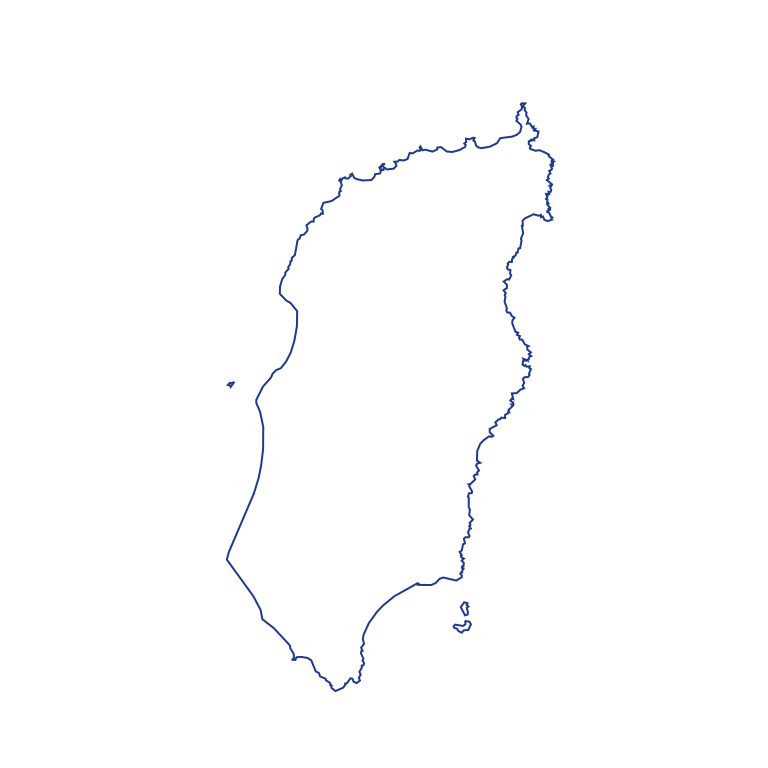 the district of King Island, Tasmania, Australia, rotated 196°
{"feature_id": "25037944B96070195853153", "entity_name": "King Island", "entity_type": "district", "adm_level": 2, "iso_a3": "AUS", "parent_name": "Australia", "parent_adm1": "Tasmania", "projection": "robinson", "projection_center": [143.932, -39.872], "detail": "fine", "context": "isolated", "style": "outline", "palette": "blue", "viewbox_px": 768, "rotation_deg": 196, "n_neighbors": 0, "source": "geoboundaries", "source_scale": "gbopen_adm2", "svg_char_len": 6128}
<svg xmlns="http://www.w3.org/2000/svg" viewBox="0 0 768 768"><g transform="rotate(196 384 384)"><path d="M263.4,259.2L260.5,259.9L259.8,261.3L262.3,264.5L262.0,268.0L260.7,269.0L262.9,270.8L262.0,272.3L263.4,273.9L261.1,278.2L266.0,281.4L266.7,286.8L268.7,289.2L271.2,298.2L272.3,298.8L272.2,302.3L269.6,303.3L269.7,305.0L273.9,309.2L274.0,311.0L274.5,310.7L274.9,310.9L273.4,311.6L270.0,317.4L272.4,320.3L271.7,321.9L269.2,322.8L270.2,324.7L268.8,327.0L273.0,330.9L272.7,333.0L269.8,334.8L273.6,336.0L275.9,345.4L275.0,353.1L273.0,357.0L268.6,362.7L266.1,362.8L264.6,364.3L269.0,366.7L270.0,370.0L264.3,375.4L266.4,377.9L264.0,381.6L262.5,382.2L262.0,384.0L258.2,384.7L259.1,387.8L256.8,389.9L256.9,391.6L255.9,391.5L257.1,393.5L254.1,398.6L255.8,399.5L254.0,400.2L254.7,401.7L258.0,402.9L257.1,405.2L255.6,405.1L258.5,410.2L253.9,411.8L251.4,416.1L248.2,418.5L250.3,420.7L249.5,423.7L251.9,427.3L250.8,429.2L247.5,430.4L246.5,432.6L247.4,433.6L246.9,438.8L248.8,439.5L248.7,441.1L252.0,439.9L253.3,441.2L254.2,440.1L256.2,440.8L256.7,445.3L255.1,445.4L256.5,446.6L252.6,446.2L253.2,446.7L251.7,447.8L251.7,450.6L250.3,451.5L253.0,452.6L251.5,454.9L255.6,456.5L256.7,459.4L255.6,460.3L259.6,460.9L263.3,464.7L265.8,464.2L266.9,465.7L266.5,467.5L269.8,467.9L269.2,470.3L271.9,470.3L277.5,477.7L278.1,480.8L276.8,483.6L280.0,484.7L282.5,487.3L285.2,486.7L286.7,488.3L286.7,490.6L290.8,496.4L291.3,501.3L292.5,502.7L292.0,504.9L294.9,507.1L292.3,510.1L293.2,513.3L297.2,515.5L294.3,518.8L292.5,518.9L291.6,523.6L293.2,524.7L293.9,528.4L296.6,528.3L297.9,529.6L297.6,533.3L298.3,533.9L297.2,536.1L294.8,536.4L295.3,539.8L294.2,541.2L295.0,541.8L293.0,543.7L293.0,546.7L291.8,547.1L292.1,551.4L290.6,552.1L291.3,559.8L292.4,561.3L291.8,567.3L295.1,574.1L294.2,574.4L295.8,579.2L294.3,582.0L287.0,588.4L281.6,588.4L279.8,589.8L279.0,587.6L277.4,588.9L275.1,586.1L271.6,585.7L268.1,588.1L268.8,588.3L268.0,590.5L269.6,590.8L272.4,594.1L274.5,594.4L274.7,595.6L272.8,596.8L273.7,597.6L272.5,597.9L272.7,598.9L273.5,598.3L273.5,599.4L276.7,601.7L276.0,602.7L277.4,602.6L276.5,602.9L275.9,604.0L277.1,603.1L277.8,606.5L279.2,606.6L278.5,608.7L280.1,610.8L278.7,610.6L278.0,611.5L278.8,611.9L277.5,612.2L278.8,614.2L276.9,614.5L276.7,616.7L278.4,618.6L277.7,621.0L279.2,620.6L277.9,622.4L283.7,624.9L282.2,626.9L283.5,627.8L283.2,630.9L282.0,632.2L283.9,634.5L281.4,636.7L282.3,636.3L281.8,637.4L284.0,639.9L281.7,640.3L282.3,642.0L283.5,642.0L282.6,643.0L283.7,644.0L283.3,643.8L282.8,644.2L283.5,644.1L283.0,645.4L284.2,645.0L283.8,646.4L288.5,648.5L288.6,649.9L293.7,651.0L299.0,651.6L302.6,650.0L308.3,650.3L309.0,651.4L308.3,653.3L311.0,654.5L311.7,657.3L308.5,658.9L310.1,658.9L309.6,659.7L306.7,659.7L307.4,661.5L304.7,663.6L305.1,669.3L309.2,669.1L308.9,670.5L310.1,669.7L310.3,671.2L311.8,671.3L311.3,672.7L312.9,672.2L315.6,674.7L318.3,673.6L318.0,678.5L321.4,681.4L321.8,684.1L324.2,686.0L324.6,688.1L326.7,688.9L327.8,688.3L327.4,685.9L330.4,682.1L328.8,679.8L330.3,678.2L330.2,676.4L328.8,675.8L329.3,673.5L324.1,671.0L322.7,669.1L322.7,663.7L325.2,659.9L329.2,657.0L340.0,652.4L341.8,646.6L347.5,641.4L354.9,637.7L358.8,637.4L361.1,638.5L363.5,642.2L364.4,641.7L364.0,642.3L365.3,642.8L364.7,645.4L366.1,645.4L369.5,642.7L372.7,642.5L371.8,639.1L373.1,637.3L371.3,636.3L371.5,634.1L375.9,629.7L382.2,625.9L387.7,624.8L394.4,627.4L398.0,626.0L397.5,624.1L401.4,620.8L408.9,620.6L411.4,619.3L414.5,622.4L415.0,621.3L413.2,619.3L413.8,618.0L416.2,617.7L420.1,613.5L423.0,613.2L423.4,606.7L426.7,604.3L431.1,603.6L432.0,601.7L435.3,600.5L432.9,598.7L432.3,597.0L434.0,593.7L440.4,591.0L443.9,592.4L443.5,589.6L445.8,588.8L446.9,591.2L444.9,595.1L443.5,595.7L445.6,595.3L448.1,590.8L445.7,587.9L445.8,585.3L450.3,583.3L450.4,580.4L452.3,576.6L460.6,573.8L467.0,573.4L469.6,574.1L472.6,577.4L474.1,575.7L473.2,574.8L475.0,571.7L477.7,571.0L478.5,571.9L480.6,570.2L481.0,568.1L482.7,569.1L483.1,567.2L481.5,566.7L479.3,563.4L480.0,558.8L478.7,557.6L480.0,556.0L478.7,552.7L485.0,545.3L492.1,541.5L492.7,535.0L491.0,534.2L489.7,530.8L491.6,530.6L492.1,528.5L496.2,525.1L497.0,523.8L496.5,520.7L498.9,520.0L502.3,515.2L500.2,512.1L500.1,509.7L502.1,505.6L505.0,504.1L505.3,500.4L506.2,499.5L506.7,498.3L505.2,483.4L507.3,479.9L506.7,477.1L507.8,476.1L507.2,473.3L508.3,469.9L507.4,468.4L509.6,464.0L509.0,461.5L510.8,456.8L510.8,449.0L509.0,442.0L500.9,437.3L496.2,436.1L487.6,430.2L483.6,415.5L482.1,400.8L482.3,388.5L484.3,378.6L487.5,370.8L491.3,367.8L493.9,363.3L494.4,359.1L499.6,348.3L502.4,333.4L501.4,330.4L495.4,323.0L488.2,309.4L482.2,287.8L479.7,272.1L478.6,259.3L478.9,243.0L486.8,179.9L486.7,171.9L451.2,144.1L440.3,132.8L436.1,124.4L422.5,118.9L402.3,106.7L401.3,104.1L396.4,99.7L395.0,95.4L396.0,94.2L396.0,93.7L393.1,94.3L392.8,97.2L388.2,98.9L381.8,99.6L377.7,98.3L370.4,88.9L367.0,88.3L364.8,85.3L358.9,84.6L358.0,83.1L353.4,81.8L352.6,79.6L351.3,79.8L350.8,77.5L346.1,75.4L339.6,80.8L338.2,84.2L338.8,85.3L337.1,86.2L335.2,91.8L333.1,92.0L331.1,89.4L327.8,89.0L325.4,92.3L327.2,94.7L326.3,98.1L328.3,100.6L327.2,104.9L327.8,107.2L326.4,107.7L326.1,110.2L328.4,112.2L328.0,114.1L332.0,119.0L332.1,121.1L331.1,121.6L333.3,124.3L331.6,128.7L334.1,133.2L334.5,137.9L332.6,150.1L327.9,163.2L323.7,171.1L315.6,182.8L296.8,201.8L295.9,201.5L296.6,200.4L295.5,200.4L283.2,203.8L279.5,206.9L276.9,212.0L273.8,214.3L260.3,215.0L256.0,219.6L256.4,221.4L258.4,222.6L258.1,224.1L256.9,224.4L257.4,226.4L256.6,228.1L258.5,228.7L258.6,230.2L257.3,230.4L257.9,233.9L260.6,235.6L259.1,238.2L261.8,238.6L262.9,240.4L262.1,241.1L265.0,243.4L263.3,245.6L263.9,251.7L262.2,253.1L264.6,257.4L263.4,259.2ZM234.2,177.0L236.4,179.1L239.9,178.6L239.9,179.5L240.4,178.2L239.5,175.4L241.4,173.2L249.3,172.3L250.3,170.3L249.1,168.8L246.4,169.0L244.3,167.0L240.7,166.4L239.4,169.2L235.2,170.8L234.2,177.0ZM248.7,190.7L242.4,184.0L240.1,185.4L240.5,188.1L242.8,191.6L241.5,193.4L243.7,194.4L243.4,196.3L246.7,196.3L248.7,190.7ZM530.6,338.9L529.7,341.4L528.5,344.8L530.6,342.6L532.4,342.8L533.8,340.0L531.6,340.2L530.6,338.9ZM328.8,691.9L329.6,690.6L327.6,688.6L325.6,692.6L328.8,691.9Z" fill="none" stroke="#1e3a8a" stroke-width="2"/></g></svg>